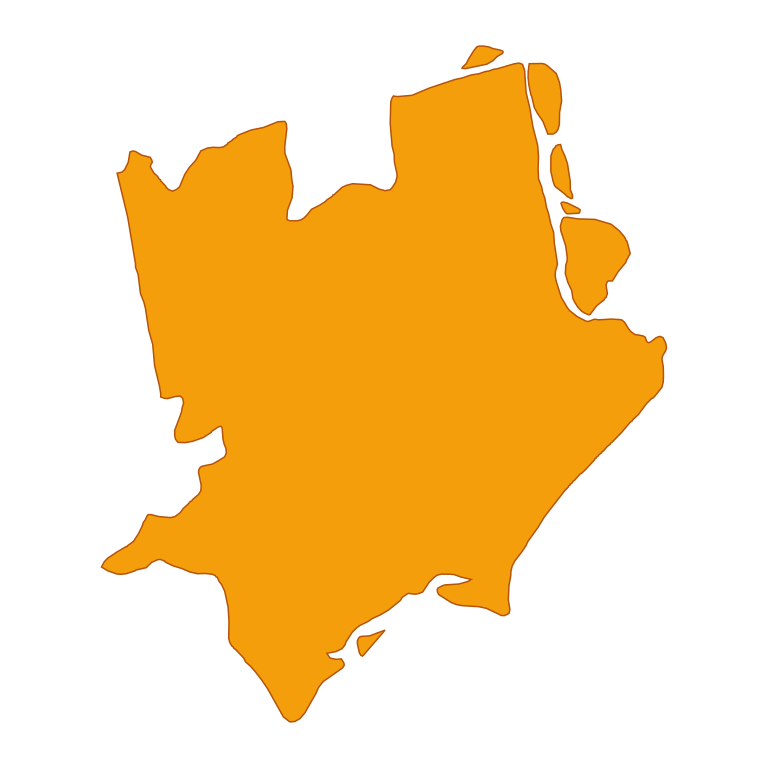 the district of Inhassunge, Zambezia, Mozambique
{"feature_id": "85939544B84899286441367", "entity_name": "Inhassunge", "entity_type": "district", "adm_level": 2, "iso_a3": "MOZ", "parent_name": "Mozambique", "parent_adm1": "Zambezia", "projection": "albers", "projection_center": [36.814, -18.065], "detail": "fine", "context": "isolated", "style": "filled", "palette": "amber", "viewbox_px": 768, "rotation_deg": 0, "n_neighbors": 0, "source": "geoboundaries", "source_scale": "gbopen_adm2", "svg_char_len": 6087}
<svg xmlns="http://www.w3.org/2000/svg" viewBox="0 0 768 768"><path d="M219.1,581.4L221.7,584.8L224.7,591.2L228.1,607.1L229.0,621.6L228.7,638.3L229.7,642.3L231.9,646.1L232.8,646.6L234.2,648.7L235.3,649.2L243.6,657.9L245.6,661.9L250.6,666.4L255.2,671.6L261.8,680.1L267.6,688.7L283.4,716.9L289.3,721.5L290.7,721.9L294.8,721.5L299.9,718.7L304.9,712.8L316.1,693.1L318.3,687.9L321.6,683.4L323.8,681.1L342.3,668.1L344.2,665.4L343.9,663.0L341.3,658.9L336.1,659.3L330.8,658.2L329.8,657.8L326.9,653.3L335.9,651.6L342.0,648.7L345.0,644.9L346.0,641.9L352.4,632.0L356.3,628.2L360.0,625.4L368.9,621.0L372.1,618.6L380.3,614.9L388.8,609.8L400.2,600.6L402.2,597.4L407.1,594.0L408.5,593.4L414.9,594.2L418.4,593.7L422.7,592.0L429.1,582.3L434.5,577.0L437.4,575.1L441.5,574.1L450.6,574.2L454.5,574.7L461.1,577.1L471.2,579.4L468.1,581.4L459.0,584.0L445.0,584.9L442.2,585.8L437.9,588.1L437.3,589.3L437.4,591.8L438.7,594.6L451.2,602.5L456.2,604.5L461.8,605.6L478.7,606.7L486.3,608.3L501.7,615.6L504.6,615.6L509.0,613.4L509.9,609.3L508.3,600.0L509.0,585.3L510.7,576.1L511.0,570.9L512.2,566.0L515.0,560.7L522.0,551.6L526.0,545.6L527.9,541.5L538.1,527.2L544.5,516.7L564.7,490.7L568.4,486.9L568.8,485.7L569.9,485.2L570.4,483.9L571.6,483.5L573.2,481.1L574.4,480.4L580.3,473.8L581.6,473.3L585.3,469.8L594.4,460.0L595.0,458.8L596.0,458.3L596.5,457.0L597.9,456.4L598.6,455.0L601.7,452.7L602.3,451.5L603.5,450.9L607.2,446.5L610.1,444.3L610.8,443.0L612.0,442.3L621.9,432.1L630.5,421.9L631.8,421.4L632.5,420.0L638.5,414.4L646.5,403.6L651.5,398.6L652.9,398.1L654.9,396.1L661.9,387.4L663.2,382.2L663.5,376.8L663.3,366.8L661.9,358.8L662.6,356.0L665.7,350.6L666.5,347.7L665.8,343.4L663.1,337.7L660.3,336.5L658.7,336.6L655.9,337.9L650.4,342.1L648.9,342.6L647.5,342.3L646.6,341.3L645.3,337.3L644.0,336.5L642.7,335.8L634.7,334.4L631.0,331.7L628.7,329.0L624.5,322.1L621.9,320.0L620.4,319.6L611.4,319.1L598.8,319.8L594.5,319.2L588.2,321.5L585.7,321.0L577.2,316.6L569.6,310.6L567.4,307.8L561.3,297.4L556.2,281.2L555.2,276.1L555.4,271.3L557.3,264.9L557.3,262.7L554.3,242.9L553.6,232.2L550.7,223.7L548.7,214.1L546.4,207.0L544.8,198.0L542.6,192.1L541.6,186.9L538.6,179.0L538.1,168.9L538.5,157.0L537.7,145.6L532.9,126.7L529.8,107.9L526.1,92.5L524.6,70.2L522.6,64.6L521.4,63.8L518.9,63.1L514.2,63.8L496.7,68.9L493.8,69.2L488.9,71.0L485.4,71.5L479.0,73.7L471.4,74.9L462.0,78.0L454.9,79.5L429.2,88.1L412.1,95.3L397.5,96.6L393.4,96.0L392.2,97.7L390.8,101.6L390.2,123.6L392.1,146.1L394.1,154.1L394.4,161.9L397.0,174.0L397.0,176.9L395.6,182.2L392.3,187.5L390.1,189.8L385.0,190.7L378.9,189.0L370.5,184.8L352.6,183.7L346.2,185.4L342.1,187.3L334.1,194.6L332.9,195.0L332.4,196.2L327.0,199.8L325.1,201.7L320.0,205.0L311.5,209.3L306.7,215.3L303.5,218.4L301.0,219.8L297.3,220.8L290.1,220.8L287.3,219.8L286.9,218.5L287.5,210.1L292.1,197.7L293.0,186.2L291.9,180.5L290.9,169.8L284.9,153.4L284.8,146.1L286.8,129.0L286.3,123.7L284.8,121.4L278.1,121.7L263.4,127.5L251.1,130.0L240.0,134.4L237.3,135.7L236.6,137.0L232.5,139.6L231.9,140.6L227.9,143.0L227.5,144.0L223.6,146.8L219.7,147.6L213.4,147.3L207.4,148.0L200.8,150.9L195.6,160.5L189.4,167.3L184.8,174.3L179.6,186.7L176.6,189.4L172.7,191.1L168.2,189.5L167.7,188.5L166.2,187.6L165.8,186.2L160.8,181.0L160.3,179.7L159.2,179.1L157.4,176.2L153.8,172.9L150.3,166.7L151.1,163.9L152.3,162.5L151.8,160.0L150.1,157.3L141.6,155.1L135.3,151.4L132.7,151.0L129.9,152.0L128.3,162.1L124.6,169.7L122.0,172.1L117.1,173.2L127.7,217.1L135.5,263.9L135.5,267.2L138.1,274.3L140.5,293.7L143.9,302.2L145.5,308.7L148.8,330.6L152.7,344.3L154.6,365.7L159.5,386.2L160.7,393.6L160.7,397.0L164.5,398.3L167.5,398.6L175.1,396.6L180.1,396.1L182.4,397.9L183.2,400.6L183.5,403.5L182.2,407.6L181.4,412.4L174.7,430.4L174.7,435.5L175.5,439.2L178.0,442.4L185.6,442.6L192.6,441.3L203.2,437.6L211.2,432.4L211.6,431.4L217.3,427.5L219.8,426.4L221.2,426.5L222.1,427.8L223.0,439.1L224.2,444.2L225.9,448.4L226.4,452.7L224.7,456.8L218.1,460.9L212.3,464.1L202.9,466.0L200.4,467.1L198.8,469.7L198.5,472.3L201.2,485.3L200.8,490.8L198.6,494.3L192.4,499.7L191.6,501.1L190.2,501.5L187.4,504.8L183.7,508.0L180.0,512.8L174.9,516.6L170.6,517.6L159.1,516.6L151.0,514.6L148.3,514.6L147.1,515.8L145.3,519.8L143.3,522.5L142.5,525.4L138.5,533.7L133.5,541.3L127.4,545.8L127.0,546.7L125.9,546.7L116.9,552.0L107.9,558.0L104.3,561.7L101.5,567.0L108.0,570.9L116.7,573.9L120.6,574.3L126.3,573.7L134.9,570.9L136.4,569.9L146.2,567.7L151.6,562.4L157.3,559.8L160.3,559.4L164.9,561.2L165.4,562.1L172.7,565.7L181.7,568.5L189.7,571.9L197.3,573.7L205.5,573.5L212.4,574.3L215.1,575.5L216.0,576.8L217.2,577.2L219.1,581.4ZM578.0,218.9L567.8,217.3L563.9,217.5L562.2,219.5L560.4,226.1L560.8,230.7L565.7,245.9L567.2,257.1L567.1,261.1L565.8,264.9L565.3,273.5L567.9,282.5L571.7,290.5L572.9,298.4L574.7,302.3L578.1,307.5L581.6,311.1L584.2,312.9L588.9,314.9L590.2,314.3L596.9,305.5L604.2,299.8L604.6,298.4L606.0,297.6L607.4,293.5L606.0,285.1L607.2,281.8L608.4,280.9L612.4,281.0L618.0,271.9L625.9,262.3L626.1,261.0L630.2,253.5L627.0,241.3L625.8,239.9L624.9,237.5L619.7,231.2L611.1,224.2L594.9,219.4L578.0,218.9ZM542.1,63.5L529.2,63.7L528.2,71.3L528.1,77.9L528.8,84.5L530.9,94.8L531.7,96.4L534.3,107.5L537.6,113.6L543.0,121.5L547.9,134.1L553.3,134.0L556.0,132.3L557.9,129.6L559.4,124.4L559.6,112.3L561.6,100.9L560.8,90.2L559.5,82.6L556.3,73.5L547.7,66.0L545.0,64.2L542.1,63.5ZM572.5,198.1L572.5,195.1L570.3,189.4L570.3,181.9L567.5,163.9L565.1,156.5L561.9,149.6L560.6,144.5L558.0,144.8L555.6,146.1L555.2,147.3L553.2,149.3L550.9,155.9L550.8,171.1L553.1,181.3L554.4,185.3L555.4,186.7L565.0,194.2L567.2,196.5L571.1,198.6L572.5,198.1ZM465.5,68.6L486.8,64.2L493.1,60.6L497.2,56.5L502.5,53.4L503.1,52.2L502.9,51.2L500.4,50.1L493.0,48.6L489.1,47.0L483.7,46.1L479.5,46.1L477.0,46.7L473.8,50.6L468.5,59.1L466.5,63.3L462.4,67.4L462.1,68.3L465.5,68.6ZM385.1,630.1L369.4,635.9L361.3,636.4L359.9,636.8L358.5,638.3L357.5,640.4L357.3,643.2L359.3,652.6L360.7,655.2L362.5,656.1L363.6,655.0L385.1,630.1ZM578.2,213.3L579.6,212.7L580.2,209.9L577.8,208.1L567.2,203.0L563.3,202.1L561.9,202.2L561.0,203.4L562.9,208.5L565.6,212.7L567.2,213.8L578.2,213.3Z" fill="#f59e0b" stroke="#b45309" stroke-width="1.5"/></svg>